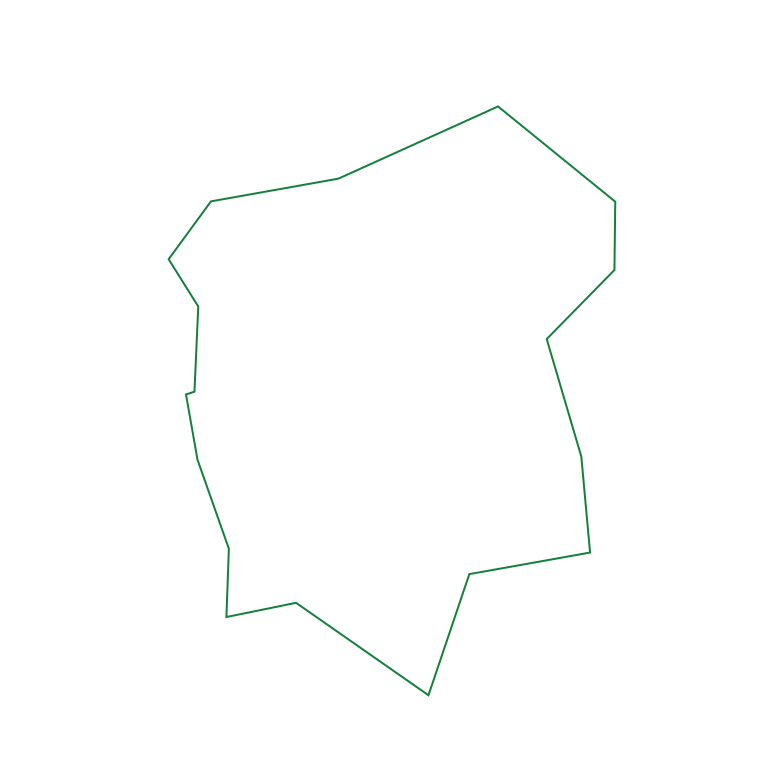 Petersburg, Virginia, United States of America, rotated 282°
{"feature_id": "52423323B27383971458976", "entity_name": "Petersburg", "entity_type": "district", "adm_level": 2, "iso_a3": "USA", "parent_name": "United States of America", "parent_adm1": "Virginia", "projection": "albers", "projection_center": [-77.398, 37.205], "detail": "fine", "context": "isolated", "style": "outline", "palette": "green", "viewbox_px": 768, "rotation_deg": 282, "n_neighbors": 0, "source": "geoboundaries", "source_scale": "gbopen_adm2", "svg_char_len": 393}
<svg xmlns="http://www.w3.org/2000/svg" viewBox="0 0 768 768"><g transform="rotate(282 384 384)"><path d="M271.2,217.3L190.6,266.5L123.3,278.3L151.7,343.4L88.8,492.2L215.8,507.0L262.0,620.6L354.0,592.1L461.8,533.8L543.4,585.7L610.4,572.3L679.2,437.8L575.4,296.7L526.7,176.8L461.3,147.4L421.2,186.2L337.1,200.2L332.6,192.5L271.2,217.3Z" fill="none" stroke="#15803d" stroke-width="2"/></g></svg>